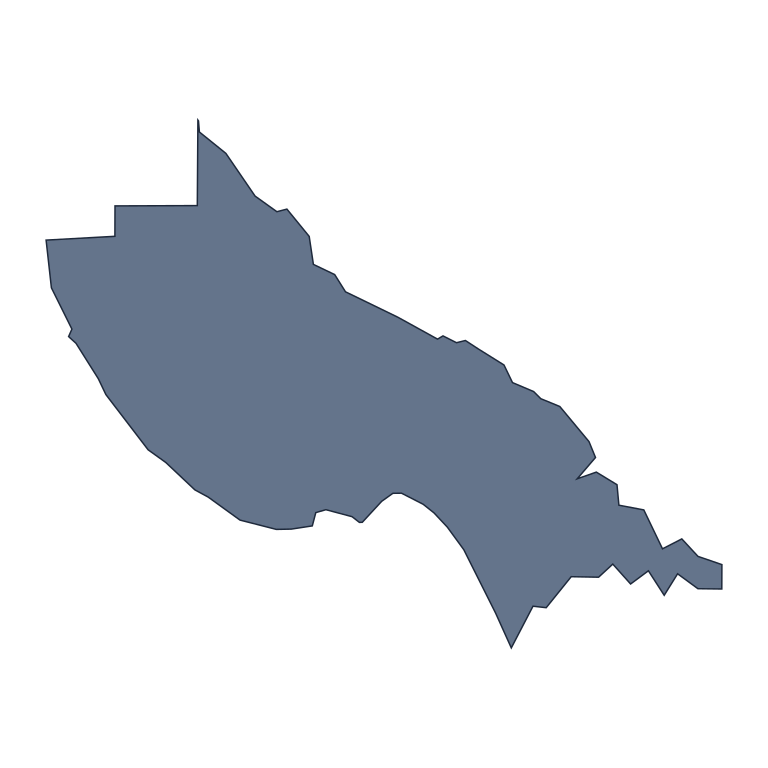 outline of Santa Cruz, California, United States of America
{"feature_id": "52423323B68447963014117", "entity_name": "Santa Cruz", "entity_type": "district", "adm_level": 2, "iso_a3": "USA", "parent_name": "United States of America", "parent_adm1": "California", "projection": "equal_earth", "projection_center": [-121.926, 37.068], "detail": "fine", "context": "isolated", "style": "filled", "palette": "slate", "viewbox_px": 768, "rotation_deg": 0, "n_neighbors": 0, "source": "geoboundaries", "source_scale": "gbopen_adm2", "svg_char_len": 1062}
<svg xmlns="http://www.w3.org/2000/svg" viewBox="0 0 768 768"><path d="M721.8,589.0L721.9,564.6L698.0,556.4L681.8,538.9L662.5,548.8L643.8,509.9L618.9,505.2L617.0,484.7L596.3,472.1L577.2,478.8L595.5,457.5L589.0,441.6L559.8,406.5L540.8,398.7L533.7,391.6L512.5,382.6L504.0,365.0L478.4,349.0L465.4,340.5L456.5,342.7L443.0,335.9L437.5,339.1L397.8,317.2L345.5,291.8L334.7,274.6L313.4,264.4L309.2,236.4L286.9,209.1L276.9,211.7L255.1,196.1L225.9,153.4L199.4,132.0L198.5,120.9L197.9,120.1L197.3,205.6L115.0,205.9L114.9,236.3L46.1,240.1L51.4,287.8L71.9,329.1L68.6,336.6L76.0,343.3L98.3,378.7L105.9,394.6L148.1,449.8L165.8,462.5L194.9,489.9L208.2,497.1L240.0,520.1L274.0,528.8L276.3,529.4L291.3,529.1L312.3,525.9L315.8,512.6L325.9,509.7L352.1,516.7L359.4,522.4L362.3,522.3L381.7,501.3L392.9,493.3L401.5,493.2L423.2,504.3L434.0,512.9L447.3,527.1L463.8,549.7L495.6,613.1L511.3,647.9L533.0,606.2L546.2,607.7L571.2,576.7L598.6,577.2L612.8,564.1L630.6,584.0L648.4,570.8L664.2,595.3L677.6,573.8L697.9,588.7L721.8,589.0Z" fill="#64748b" stroke="#1e293b" stroke-width="1.5"/></svg>